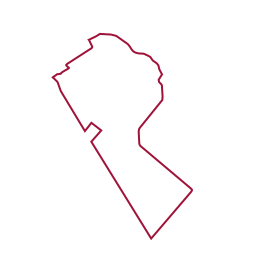 outline of Southern, rotated 221°
{"feature_id": "BWA-2649", "entity_name": "Southern", "entity_type": "District", "adm_level": 1, "iso_a3": "BWA", "parent_name": "Botswana", "parent_adm1": "", "projection": "orthographic", "projection_center": [24.884, -24.914], "detail": "fine", "context": "isolated", "style": "outline", "palette": "rose", "viewbox_px": 256, "rotation_deg": 221, "n_neighbors": 0, "source": "natural_earth", "source_scale": "10m", "svg_char_len": 985}
<svg xmlns="http://www.w3.org/2000/svg" viewBox="0 0 256 256"><g transform="rotate(221 128 128)"><path d="M215.4,168.9L212.3,176.1L210.9,180.6L202.1,187.4L197.3,189.8L183.2,191.2L180.3,190.7L177.3,189.8L174.7,189.3L172.1,189.7L169.0,191.2L165.0,194.3L163.6,194.8L159.6,195.9L157.6,196.2L155.7,195.7L153.5,195.2L148.6,195.7L146.2,195.2L142.6,192.7L137.5,190.8L136.5,184.5L134.7,183.1L131.6,182.8L130.5,182.5L122.7,174.6L120.5,171.7L119.2,136.0L118.9,134.4L118.2,133.2L117.3,132.0L109.4,123.8L108.3,123.0L107.3,122.7L106.2,122.6L41.0,123.6L40.0,123.5L39.1,123.3L38.7,122.5L38.5,121.6L38.0,59.8L146.7,93.6L146.6,108.6L159.0,107.9L158.5,97.4L203.0,111.8L211.0,116.3L212.2,116.6L218.0,116.9L216.7,122.2L215.9,123.0L215.0,124.1L214.4,124.7L214.5,125.7L214.1,127.6L211.9,134.2L211.9,134.3L212.0,134.6L212.6,134.7L214.5,134.6L215.4,134.7L216.0,135.0L216.0,136.0L215.8,137.0L207.9,164.2L207.9,165.1L208.3,165.9L215.3,168.9L215.4,168.9Z" fill="none" stroke="#9f1239" stroke-width="2"/></g></svg>